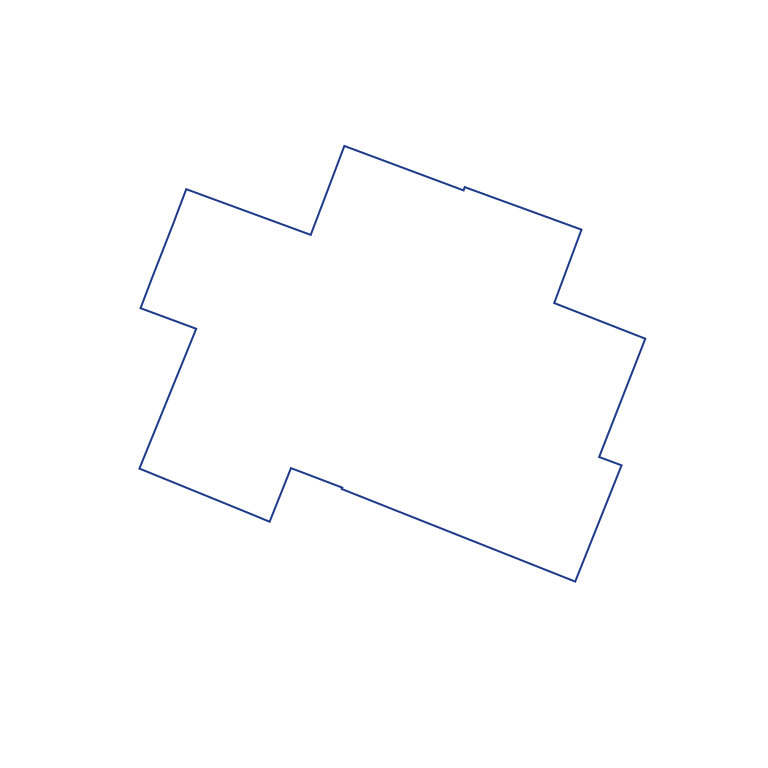 outline of General Viamonte, Buenos Aires, Argentina, rotated 247°
{"feature_id": "61730980B83170090610127", "entity_name": "General Viamonte", "entity_type": "district", "adm_level": 2, "iso_a3": "ARG", "parent_name": "Argentina", "parent_adm1": "Buenos Aires", "projection": "albers", "projection_center": [-60.986, -34.978], "detail": "fine", "context": "isolated", "style": "outline", "palette": "blue", "viewbox_px": 768, "rotation_deg": 247, "n_neighbors": 0, "source": "geoboundaries", "source_scale": "gbopen_adm2", "svg_char_len": 466}
<svg xmlns="http://www.w3.org/2000/svg" viewBox="0 0 768 768"><g transform="rotate(247 384 384)"><path d="M533.7,535.2L531.1,532.9L618.6,440.5L579.4,403.1L549.9,374.8L621.8,298.1L640.6,278.1L621.8,260.1L614.4,253.1L573.7,213.3L548.9,189.5L508.2,232.7L401.7,125.8L324.7,202.4L301.9,224.9L342.9,265.5L304.9,305.1L303.8,304.1L127.4,482.8L216.3,570.9L232.7,553.5L323.6,642.2L392.0,572.3L448.9,626.1L533.7,535.2Z" fill="none" stroke="#1e3a8a" stroke-width="2"/></g></svg>